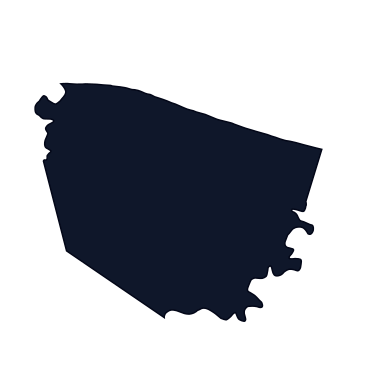 Santa Rosa de Aguan, Colón, Honduras, rotated 345°
{"feature_id": "27666195B37116409669852", "entity_name": "Santa Rosa de Aguan", "entity_type": "district", "adm_level": 2, "iso_a3": "HND", "parent_name": "Honduras", "parent_adm1": "Colón", "projection": "mercator", "projection_center": [-85.679, 15.902], "detail": "fine", "context": "isolated", "style": "filled", "palette": "ink", "viewbox_px": 384, "rotation_deg": 345, "n_neighbors": 0, "source": "geoboundaries", "source_scale": "gbopen_adm2", "svg_char_len": 5917}
<svg xmlns="http://www.w3.org/2000/svg" viewBox="0 0 384 384"><g transform="rotate(345 192 192)"><path d="M132.7,306.1L132.9,305.1L133.5,304.1L134.3,303.0L135.2,302.2L136.4,301.6L138.0,301.0L139.7,300.6L140.9,300.6L142.0,300.7L143.3,301.1L144.2,301.5L146.2,302.5L146.7,302.8L152.7,307.0L153.5,307.5L154.5,308.0L155.6,308.5L156.8,308.9L157.7,309.2L158.6,309.3L159.7,309.4L160.7,309.4L162.1,309.3L163.2,309.1L164.4,308.7L165.2,308.5L166.1,308.0L166.6,307.8L168.7,307.5L170.9,307.0L171.5,307.0L172.2,307.0L172.9,307.1L173.6,307.3L174.4,307.6L175.5,308.1L177.2,309.3L177.8,309.8L180.0,312.0L181.8,314.0L183.2,315.7L187.3,321.5L189.9,323.3L191.6,324.2L191.9,324.3L192.3,324.3L193.4,324.0L194.5,323.6L197.2,322.3L200.1,320.3L201.1,319.9L201.8,319.7L202.3,319.6L202.6,319.7L202.9,320.0L203.1,320.7L203.5,324.2L203.8,325.6L204.0,326.2L204.3,326.9L204.7,327.4L205.3,328.0L206.0,328.6L206.9,329.3L208.4,330.1L209.0,330.3L209.4,330.4L209.9,330.2L210.3,329.8L210.7,329.3L210.9,328.6L211.0,327.1L211.0,323.1L211.2,322.1L211.6,320.8L212.1,319.8L213.0,318.8L213.9,318.1L214.8,317.5L215.9,317.1L216.5,317.0L218.2,317.3L220.7,317.8L222.8,318.5L224.4,319.2L224.9,319.4L227.3,320.9L228.5,321.3L229.2,321.3L229.8,321.2L230.2,320.9L230.5,320.4L230.7,319.9L230.8,319.4L230.8,318.1L230.7,316.9L230.6,316.5L230.3,316.0L229.0,313.9L227.2,310.5L225.9,308.4L225.2,307.5L222.2,304.3L220.8,303.0L220.4,302.3L220.2,301.6L220.2,301.1L220.3,300.6L220.6,299.9L220.9,299.2L222.6,296.8L224.9,293.8L226.1,292.4L226.6,292.0L227.3,291.7L228.1,291.5L229.1,291.3L230.1,291.3L230.6,291.3L231.7,291.7L235.3,293.0L237.2,293.5L238.0,293.5L239.3,293.4L240.1,293.2L241.1,292.9L241.6,292.7L242.0,292.4L242.4,291.9L242.9,291.3L244.9,287.2L245.6,285.4L246.1,284.6L246.4,284.3L247.2,283.9L247.7,283.7L248.2,283.7L248.6,283.8L248.9,284.1L249.2,284.5L249.3,285.0L249.4,285.5L249.3,287.9L249.3,290.4L249.4,291.5L249.7,292.5L249.9,293.2L250.3,293.8L250.8,294.3L251.5,294.7L252.4,295.0L253.5,295.2L255.2,295.2L256.0,295.1L256.9,294.9L257.9,294.5L258.7,294.1L260.0,293.2L262.0,292.4L264.0,291.9L265.1,291.8L265.9,291.8L266.8,292.0L267.9,292.3L268.9,292.7L270.7,293.6L272.6,294.9L273.6,295.4L274.0,295.5L274.4,295.4L274.8,295.3L275.4,295.0L276.0,294.5L276.5,294.0L277.0,293.4L277.4,292.7L278.6,290.0L279.6,287.4L279.7,286.7L279.7,286.0L279.5,285.4L279.1,285.0L278.6,284.7L277.5,284.1L274.3,283.0L271.8,282.6L270.1,282.2L269.4,281.8L269.0,281.5L268.8,281.3L268.7,281.0L268.8,280.6L269.0,280.2L269.2,279.7L270.1,278.9L270.9,278.4L272.0,277.7L272.9,276.9L274.0,275.8L274.7,275.0L275.0,274.5L275.1,273.9L274.9,273.4L274.6,273.1L271.6,271.3L269.9,270.4L269.5,270.0L268.9,269.4L268.6,268.8L268.4,268.4L268.2,267.8L268.2,267.2L268.2,266.6L268.3,266.0L268.7,264.8L269.1,264.0L270.7,261.8L273.0,258.6L273.4,258.2L273.8,257.9L275.1,257.1L277.8,255.1L279.2,254.1L279.7,253.8L280.7,253.5L281.6,253.3L282.5,253.1L283.4,253.1L284.2,253.1L285.5,253.3L286.5,253.5L287.5,253.8L288.4,254.2L289.2,254.7L289.8,255.1L290.4,255.7L290.8,256.2L291.8,257.9L292.2,258.9L292.7,260.3L293.1,261.8L293.3,262.4L293.5,262.6L294.1,263.0L294.7,263.3L295.2,263.4L295.8,263.3L296.3,263.2L297.0,262.8L297.6,262.3L298.2,261.7L298.7,261.1L299.2,260.3L299.4,259.8L299.8,258.5L300.0,257.6L300.0,256.9L299.9,256.0L299.8,255.6L299.6,255.3L299.1,254.9L297.4,253.9L292.2,249.7L290.2,248.5L289.5,248.0L289.0,247.5L288.7,247.0L288.4,246.1L288.0,244.5L287.6,241.9L287.4,241.3L287.2,240.6L286.6,239.5L285.9,238.6L285.4,238.0L284.4,237.3L283.8,236.6L283.6,236.2L283.5,235.9L283.5,235.5L283.6,235.2L283.9,234.8L284.1,234.6L284.3,234.6L285.0,234.6L286.1,235.0L288.9,236.4L292.0,238.4L293.2,239.1L294.0,239.4L294.6,239.5L295.0,239.4L295.5,239.2L296.1,238.6L297.4,236.9L298.2,235.2L298.8,234.4L299.0,234.0L299.4,232.2L299.5,230.6L328.4,184.4L323.4,181.7L312.1,175.3L308.2,173.0L305.1,171.2L300.4,168.7L298.5,167.8L296.4,166.9L294.9,166.1L291.0,163.7L286.8,160.8L283.4,158.7L279.7,156.1L269.3,149.9L266.3,148.0L260.4,144.4L258.6,143.2L253.0,139.3L250.3,137.4L248.7,136.1L247.6,135.4L245.5,134.2L237.7,129.9L235.2,128.4L234.2,127.7L231.6,125.7L224.8,120.5L216.8,115.8L214.3,113.9L211.4,112.3L208.6,110.6L205.6,108.3L198.7,102.8L195.2,100.5L191.5,97.6L187.8,95.0L183.5,92.2L180.5,90.3L180.1,89.9L178.6,88.5L177.1,87.2L176.4,86.8L174.4,85.9L172.5,84.7L171.8,84.2L170.1,82.8L168.3,81.4L167.0,80.5L166.1,79.9L163.1,78.4L160.5,77.5L159.1,76.7L156.0,74.8L154.1,73.8L149.8,71.9L142.7,69.1L142.0,68.7L141.2,68.1L140.7,67.9L133.6,65.5L130.7,64.4L128.0,63.4L118.7,60.5L117.0,60.0L114.3,59.5L108.4,58.0L102.1,55.9L100.6,55.3L99.7,55.0L95.8,54.0L93.4,53.6L94.1,54.8L94.4,55.4L95.1,57.0L95.8,59.1L96.0,60.3L96.1,61.3L96.1,62.2L95.9,63.0L95.6,63.6L95.1,64.4L94.5,65.2L93.8,65.8L92.5,66.9L90.7,68.1L88.0,70.1L87.0,70.5L85.2,71.3L84.2,71.6L83.5,71.8L82.9,71.7L82.4,71.6L82.0,71.3L81.4,70.9L80.8,70.4L77.0,66.4L76.8,66.1L76.5,65.3L76.2,63.6L75.8,62.5L75.2,61.8L74.6,61.2L74.0,60.8L73.6,60.7L73.1,60.8L72.0,61.4L70.3,62.7L69.1,63.7L68.4,64.5L65.7,65.9L65.1,66.3L64.2,67.1L63.3,68.0L62.7,68.9L62.3,69.9L61.8,71.7L61.6,72.9L61.5,74.0L61.6,74.8L61.9,75.6L62.1,76.1L62.6,76.8L63.8,77.9L64.4,78.6L65.0,79.6L65.7,80.9L66.5,81.8L67.3,82.6L68.1,83.0L69.7,83.5L72.8,84.4L74.5,85.0L75.6,85.7L76.2,86.2L76.8,86.9L76.9,87.2L76.9,87.5L76.8,87.8L76.6,88.1L76.2,88.3L75.8,88.5L74.2,89.0L71.4,89.6L70.5,89.9L69.7,90.2L69.1,90.6L68.1,91.4L67.6,91.9L67.2,92.4L67.1,92.8L67.0,93.2L67.0,94.0L67.2,94.9L67.8,96.8L68.0,97.8L67.9,98.2L67.7,98.6L67.1,99.5L64.6,102.7L63.6,104.0L63.2,104.8L62.6,106.0L62.2,107.3L62.0,108.0L61.9,109.2L61.9,109.9L62.0,110.4L62.2,111.0L62.5,111.5L62.8,111.9L63.9,112.9L65.3,114.4L66.2,115.3L66.4,115.6L66.3,115.9L66.1,116.4L65.4,117.0L64.8,117.3L63.8,117.7L62.2,118.9L61.7,119.2L61.5,119.6L61.3,120.0L61.1,120.9L60.8,122.1L60.5,122.5L59.9,123.1L59.5,123.3L59.1,123.4L58.8,123.3L58.2,122.9L57.6,122.9L57.4,122.9L57.1,123.0L56.9,123.2L56.7,123.4L56.5,123.7L55.6,216.4L132.7,306.1Z" fill="#0f172a" stroke="#020617" stroke-width="1.5"/></g></svg>